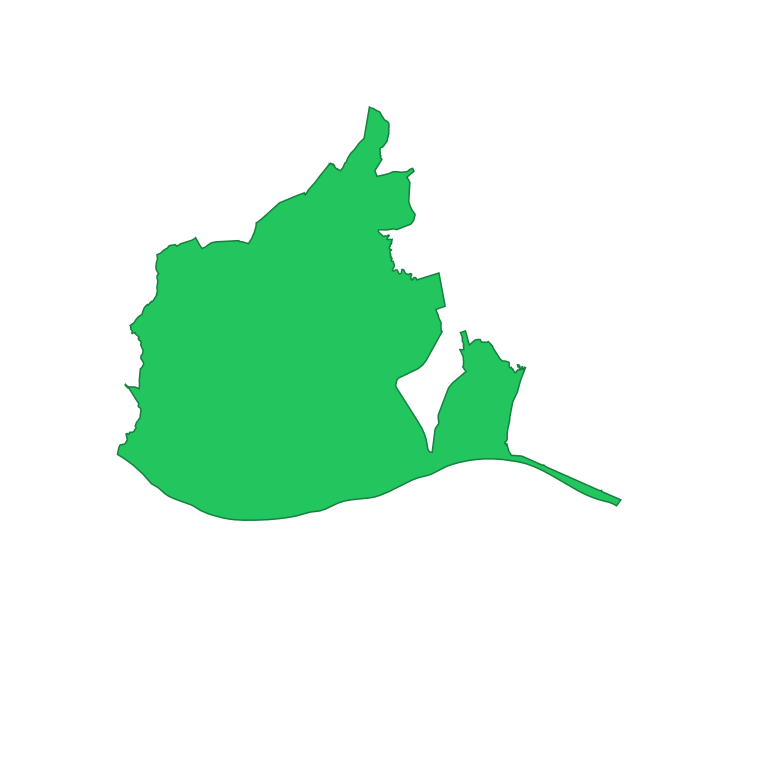 the district of Distrito Especial, Industrial Y Portuario De Barr*, Atlántico, Colombia, rotated 126°
{"feature_id": "7082276B33268622823443", "entity_name": "Distrito Especial, Industrial Y Portuario De Barr*", "entity_type": "district", "adm_level": 2, "iso_a3": "COL", "parent_name": "Colombia", "parent_adm1": "Atlántico", "projection": "albers", "projection_center": [-74.833, 11.01], "detail": "fine", "context": "isolated", "style": "filled", "palette": "green", "viewbox_px": 768, "rotation_deg": 126, "n_neighbors": 0, "source": "geoboundaries", "source_scale": "gbopen_adm2", "svg_char_len": 6171}
<svg xmlns="http://www.w3.org/2000/svg" viewBox="0 0 768 768"><g transform="rotate(126 384 384)"><path d="M597.6,558.3L597.0,549.3L597.1,538.9L598.6,525.8L601.4,513.3L600.6,505.6L601.5,496.8L601.3,492.0L600.0,485.7L595.4,469.9L594.7,466.1L594.1,457.9L592.4,450.2L590.3,444.1L587.0,435.5L584.4,430.1L581.3,424.6L576.8,417.7L570.5,409.0L562.0,398.2L555.4,390.6L548.9,383.7L542.4,377.5L531.0,368.4L524.4,361.3L519.8,358.0L507.4,351.2L502.3,347.6L496.7,342.2L484.5,328.6L480.9,325.2L476.6,321.9L467.9,316.6L445.5,305.0L439.3,300.9L432.3,295.0L429.3,292.8L414.2,285.1L408.9,281.5L403.1,276.9L396.5,270.9L391.1,265.3L386.0,259.3L380.3,251.5L375.2,243.4L368.2,230.0L365.1,222.6L362.7,214.3L360.7,204.3L359.4,194.4L356.4,164.8L355.0,156.2L353.3,148.9L351.3,142.3L347.4,132.4L346.3,128.0L345.8,124.3L338.5,124.3L343.0,144.5L342.9,144.9L341.6,145.7L342.6,145.5L343.1,145.9L343.8,148.3L350.6,180.1L350.5,181.1L350.9,181.4L355.6,203.3L355.8,204.6L355.6,207.2L356.5,207.7L361.1,229.2L361.7,230.8L366.8,239.0L365.0,243.5L360.5,249.2L361.5,249.2L360.9,250.2L361.1,251.1L360.2,251.2L359.7,252.0L358.1,251.4L356.4,251.8L352.0,255.0L347.5,257.5L340.4,260.5L336.5,262.9L322.7,269.4L312.3,271.3L300.7,275.7L287.6,279.2L287.8,280.1L289.9,279.2L291.0,279.1L290.2,280.1L290.2,280.7L289.6,280.9L288.8,281.8L288.8,282.3L289.1,282.6L290.7,281.2L291.7,281.9L291.0,282.4L291.1,283.2L289.4,285.2L289.4,286.4L290.1,287.3L291.3,285.9L291.2,284.8L292.1,282.5L293.0,282.5L294.1,284.2L294.9,284.0L296.0,284.4L297.0,284.1L297.8,284.5L297.5,286.2L296.2,288.5L296.6,288.7L295.7,290.9L296.8,291.4L296.5,292.6L295.7,293.5L293.4,294.9L293.0,295.8L294.3,299.7L295.8,301.7L295.4,305.0L290.7,316.9L290.2,317.9L289.6,318.2L288.3,324.6L289.7,325.2L292.9,329.7L291.5,332.2L292.1,333.4L294.2,335.6L295.2,336.3L302.3,337.9L293.2,349.3L297.5,352.4L300.2,348.0L300.4,348.1L303.2,345.8L304.4,343.6L305.7,342.3L305.9,342.6L309.4,339.6L311.5,342.8L315.1,336.3L319.9,332.1L320.8,331.8L321.5,331.1L323.4,330.1L323.9,330.3L325.7,325.0L342.6,329.1L347.6,329.5L350.0,329.3L377.1,321.9L379.4,320.4L383.1,316.9L384.6,316.4L389.5,316.3L390.9,315.9L410.9,304.9L412.1,306.9L411.6,309.1L411.3,309.8L403.7,317.8L400.9,321.6L397.7,327.0L393.3,337.3L379.4,372.4L377.8,374.0L373.1,375.9L370.4,375.6L351.7,365.5L346.0,363.9L340.4,363.7L307.3,367.8L307.4,368.8L307.1,369.1L304.6,371.3L300.8,373.9L298.1,378.9L296.8,380.1L294.3,384.4L293.1,385.7L285.1,380.3L261.9,404.8L280.6,418.7L280.0,419.3L279.5,420.4L279.4,421.0L280.1,422.2L281.4,422.6L282.5,422.1L283.5,422.6L283.6,422.8L283.0,423.1L283.2,423.9L282.7,424.5L280.3,425.8L279.6,425.7L278.8,426.5L279.2,427.7L279.7,428.0L280.8,428.0L280.8,428.5L281.9,430.5L281.6,432.4L280.7,433.7L280.1,435.4L280.3,436.3L280.9,436.8L284.2,435.2L285.0,435.4L285.8,436.4L285.7,437.2L284.0,440.4L284.9,441.7L287.0,442.6L287.2,442.9L287.0,444.1L286.5,444.4L283.2,444.7L281.4,445.7L281.0,446.6L279.5,448.5L279.4,449.1L280.2,450.0L279.9,450.7L277.7,451.3L277.8,452.2L277.4,452.2L277.3,453.0L276.9,453.1L276.9,454.1L276.2,454.1L274.9,455.0L275.0,455.8L274.6,456.3L272.6,456.9L271.0,456.9L271.3,458.3L271.7,458.4L271.4,459.4L269.9,460.3L269.3,459.8L268.8,460.0L267.4,461.0L266.9,460.5L266.1,460.5L265.9,460.9L265.5,460.7L265.1,460.9L264.6,461.8L263.6,461.7L262.2,462.4L263.1,463.1L263.2,464.0L264.5,465.1L265.1,466.2L264.5,467.1L263.9,466.9L263.5,467.3L262.0,467.0L260.8,467.0L260.6,467.4L260.7,467.8L262.9,468.8L263.5,470.1L265.0,471.3L264.3,477.0L263.9,478.2L262.7,479.1L262.8,479.6L257.7,472.3L252.6,467.2L251.8,464.6L238.8,456.2L233.9,456.2L228.6,458.4L226.6,464.0L224.6,467.5L221.9,471.2L205.7,481.6L203.4,486.4L203.4,487.1L194.3,484.8L192.7,487.6L195.5,489.4L197.4,489.6L199.2,490.7L202.3,494.1L204.8,498.5L206.8,501.3L211.7,504.3L220.1,511.6L216.9,516.8L203.6,517.7L203.2,518.3L203.2,519.4L202.8,520.3L201.4,520.5L200.7,522.1L198.6,523.2L198.1,524.3L196.8,524.7L195.7,525.8L194.6,525.6L193.4,524.5L192.3,524.3L185.9,524.2L178.2,527.5L177.0,528.6L175.3,529.5L174.5,530.5L173.5,530.7L172.8,531.4L171.1,532.5L170.4,533.2L169.7,534.7L170.0,538.8L167.7,544.9L166.8,546.4L166.5,547.7L166.6,549.0L167.0,549.5L167.5,555.1L168.5,557.1L168.5,558.6L197.0,544.5L203.5,545.7L211.6,545.7L217.1,546.5L222.6,546.1L226.7,545.0L228.3,545.5L233.1,544.4L237.2,544.6L237.4,548.2L237.8,548.2L237.8,549.1L237.2,552.0L236.6,552.1L236.4,552.5L236.5,553.4L236.1,553.6L236.1,554.7L236.8,554.6L236.7,556.8L238.1,556.9L238.0,557.7L238.6,557.4L255.1,558.2L260.9,558.2L272.2,559.3L272.4,559.0L277.1,558.9L276.4,559.8L277.0,560.2L276.3,560.9L284.2,566.1L298.8,575.0L322.1,579.9L328.0,581.6L328.7,582.1L331.5,580.3L336.7,578.3L344.0,576.6L350.0,576.1L352.3,582.2L353.9,585.2L353.4,585.5L353.7,586.2L367.5,603.2L370.7,606.2L372.8,607.4L378.2,609.0L381.3,610.9L380.0,614.7L376.4,622.4L377.6,622.6L380.7,624.0L390.3,631.1L392.2,631.6L394.3,632.8L393.9,634.8L398.2,638.9L399.6,639.2L401.0,639.0L405.5,641.0L408.5,641.4L409.8,641.8L412.8,643.7L416.3,640.5L418.8,639.8L423.5,637.3L423.8,636.6L425.1,635.9L427.5,631.0L429.0,631.4L430.9,630.6L434.1,627.2L439.4,624.5L442.2,621.8L445.0,620.9L445.0,620.2L453.4,619.7L453.5,620.4L454.9,620.4L455.0,621.0L458.8,621.0L458.8,622.2L461.5,622.7L464.0,622.6L468.2,621.4L470.0,620.6L472.3,621.7L474.6,622.2L476.9,622.5L481.5,622.3L486.0,623.7L486.0,622.8L488.4,621.2L489.1,618.7L491.2,617.8L491.2,617.3L489.7,616.9L488.8,615.3L489.5,615.1L490.0,609.9L491.8,609.5L491.8,608.0L492.5,607.9L492.4,606.4L492.7,605.4L493.3,605.0L493.2,604.7L495.4,603.7L497.7,600.0L498.3,598.5L499.3,598.3L500.0,597.7L502.1,596.9L503.4,597.2L504.2,597.1L506.4,595.5L507.3,592.6L508.8,590.3L512.6,589.5L515.0,590.0L525.1,584.0L528.1,581.5L531.6,579.4L533.0,584.0L536.4,588.7L536.7,590.6L536.3,593.0L537.0,592.8L537.8,588.9L537.3,587.9L543.5,572.4L543.3,572.3L543.7,571.1L545.7,570.3L546.3,569.8L546.8,568.8L546.7,566.8L547.1,566.1L548.9,564.7L552.2,563.1L554.0,561.7L556.4,561.7L557.8,561.3L560.3,561.7L564.4,560.5L564.8,559.0L565.3,558.7L567.0,558.9L568.4,558.5L570.8,559.0L572.5,561.3L573.1,561.3L573.9,560.7L574.7,560.9L574.9,562.3L575.4,562.4L575.4,563.0L576.1,563.2L579.8,559.1L580.6,558.8L584.3,558.4L585.6,559.0L587.8,561.2L589.0,561.7L591.8,560.9L597.6,558.3Z" fill="#22c55e" stroke="#15803d" stroke-width="1.5"/></g></svg>